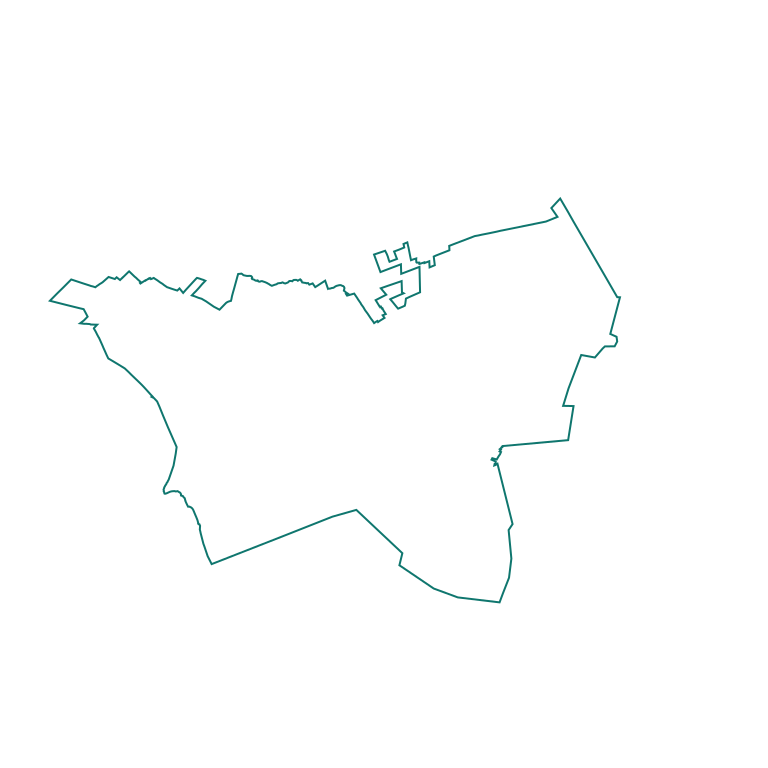 Villa de Arriaga, San Luis Potosí, Mexico (Equal Earth projection), rotated 60°
{"feature_id": "50627088B85978668916883", "entity_name": "Villa de Arriaga", "entity_type": "district", "adm_level": 2, "iso_a3": "MEX", "parent_name": "Mexico", "parent_adm1": "San Luis Potosí", "projection": "equal_earth", "projection_center": [-101.343, 21.982], "detail": "fine", "context": "isolated", "style": "outline", "palette": "teal", "viewbox_px": 768, "rotation_deg": 60, "n_neighbors": 0, "source": "geoboundaries", "source_scale": "gbopen_adm2", "svg_char_len": 6021}
<svg xmlns="http://www.w3.org/2000/svg" viewBox="0 0 768 768"><g transform="rotate(60 384 384)"><path d="M444.9,622.8L453.8,623.3L465.7,544.8L473.1,495.0L479.2,470.9L539.7,452.7L548.7,461.3L586.0,443.2L605.7,426.8L630.9,393.1L624.7,385.6L614.3,372.6L598.9,361.0L572.8,349.1L569.6,342.7L509.8,325.6L509.9,328.1L509.7,329.2L508.5,328.1L509.0,327.0L507.5,326.4L507.0,326.0L503.3,328.7L502.4,327.3L503.9,325.9L506.3,323.4L505.7,324.0L504.8,322.5L503.9,320.9L502.9,318.7L501.4,316.7L500.2,317.6L499.3,315.6L498.3,316.2L497.9,313.5L497.5,313.7L497.0,312.4L524.7,252.6L497.9,230.9L496.7,232.8L492.5,239.8L480.0,226.3L457.5,198.7L466.5,188.1L462.6,176.9L461.9,173.9L466.7,165.4L463.8,160.8L459.4,159.0L453.8,163.0L426.9,136.3L425.4,138.6L403.8,138.6L337.6,138.7L326.8,138.6L311.5,138.7L315.3,151.1L326.0,150.2L324.3,162.5L310.2,204.6L309.6,206.3L308.5,210.0L306.1,217.3L303.6,224.6L302.5,228.1L301.3,231.4L297.6,254.5L297.0,258.5L299.5,259.7L300.9,260.5L299.4,270.2L298.7,275.0L298.6,276.3L298.5,277.2L306.5,280.6L305.8,286.2L304.4,285.5L300.3,283.4L299.5,288.5L298.8,288.2L297.8,293.2L297.6,293.4L296.5,292.8L295.2,295.0L294.8,295.1L292.8,294.2L291.4,293.3L290.7,296.3L290.3,298.7L286.9,297.6L278.2,294.6L276.1,294.0L273.0,293.0L272.5,297.1L275.9,298.2L275.2,303.6L274.3,309.0L277.1,309.4L280.0,309.9L282.2,310.2L281.7,313.2L281.2,316.3L280.9,318.1L279.3,317.9L275.6,317.0L272.9,316.6L269.2,316.4L266.9,327.9L285.3,331.1L286.1,326.0L288.8,309.5L297.2,314.0L300.3,294.7L322.6,306.9L321.4,317.8L321.0,322.3L325.1,325.4L325.9,326.2L326.6,326.8L326.4,329.3L325.8,334.1L324.3,334.4L321.9,334.8L317.4,335.5L313.7,336.2L313.7,335.4L314.7,326.3L315.3,321.6L313.6,322.6L303.7,317.3L300.9,331.5L299.5,338.9L307.8,337.4L307.2,349.3L310.0,349.2L314.3,349.1L314.3,348.9L315.6,348.9L315.5,348.0L317.8,348.0L317.8,347.5L320.2,347.7L324.3,347.5L323.8,350.8L327.0,350.5L327.1,354.0L327.2,356.6L327.4,358.2L326.1,358.2L326.1,359.3L326.3,362.1L324.2,362.2L322.4,362.4L321.1,362.6L319.8,362.7L314.8,363.0L310.7,363.5L307.1,363.5L303.5,363.9L302.4,363.8L297.5,364.2L296.3,364.2L290.8,364.6L289.0,371.8L287.0,371.9L287.3,370.3L285.8,371.1L284.0,371.7L283.1,372.1L281.2,370.3L280.3,370.1L279.7,370.1L278.8,370.4L278.2,371.0L277.0,371.8L276.5,372.4L276.3,372.8L275.9,373.8L275.7,374.6L275.3,376.0L275.2,377.3L275.3,378.3L275.4,379.4L275.3,380.0L275.1,380.5L274.8,381.1L274.5,382.7L274.1,383.7L273.6,384.5L273.6,384.9L265.1,383.3L265.5,390.8L265.6,392.3L265.7,395.1L262.5,395.4L261.2,395.5L261.0,396.8L260.6,399.0L258.6,399.3L258.0,400.9L257.5,401.1L256.2,402.8L255.3,403.7L255.2,404.0L253.1,404.1L253.0,403.8L252.8,403.8L252.3,404.0L251.5,404.2L251.4,404.8L251.5,407.0L250.6,407.4L249.9,408.0L248.8,410.1L248.8,410.9L249.2,412.0L248.2,413.1L247.5,414.5L248.0,416.2L247.9,417.4L247.6,419.2L246.8,420.1L245.9,420.6L245.2,421.2L245.1,422.5L244.1,424.7L243.7,425.9L243.9,427.1L243.4,429.1L242.9,432.0L241.6,432.9L240.2,433.6L239.7,433.8L238.4,434.7L238.2,434.7L237.1,435.5L236.3,436.1L235.4,436.9L234.5,437.7L233.9,438.2L233.5,439.1L233.3,440.4L232.7,441.2L232.0,441.7L231.4,441.5L230.9,441.9L230.8,443.0L230.0,443.7L228.8,444.3L227.9,445.0L227.3,445.7L226.4,445.7L225.7,444.8L224.3,445.0L223.8,445.4L223.1,446.4L222.4,447.8L221.7,448.9L220.7,450.0L219.5,451.3L218.0,451.8L217.1,452.3L216.5,453.9L216.1,454.6L215.8,455.3L217.9,457.5L219.3,458.9L226.8,466.5L229.2,469.0L231.9,471.7L234.2,473.7L235.5,475.0L235.2,475.9L234.9,477.2L234.7,478.6L234.8,480.2L237.4,489.3L233.9,491.5L232.0,492.7L223.4,496.8L220.8,498.3L219.0,499.3L216.7,501.5L213.4,504.1L211.2,506.1L210.2,502.9L209.6,500.5L208.2,496.1L206.6,491.6L205.3,487.1L203.5,488.4L202.1,489.7L201.0,490.6L199.5,492.0L199.0,492.5L198.6,492.9L198.9,494.2L200.1,498.1L203.3,508.3L204.7,512.4L199.0,513.3L199.7,516.3L198.3,517.6L197.0,518.8L195.3,520.3L194.5,521.0L192.3,522.9L191.8,523.4L188.0,525.2L187.7,525.3L186.6,525.7L184.0,527.1L181.0,528.4L177.7,530.1L177.3,530.2L177.0,530.4L176.8,532.6L176.6,532.7L176.6,533.4L175.3,533.6L175.4,534.8L175.0,534.8L175.2,538.9L174.9,538.9L175.2,544.7L174.5,544.8L174.4,543.6L170.3,545.0L168.1,545.6L166.3,546.3L159.0,548.4L159.0,548.6L161.3,557.6L161.2,557.6L162.0,560.6L157.9,562.2L158.5,564.6L153.6,569.0L154.9,575.4L155.2,576.9L155.3,578.7L155.3,580.3L155.5,581.9L155.6,583.8L155.9,585.6L153.9,587.4L152.5,588.9L151.6,589.6L146.2,594.5L137.1,602.6L138.1,606.3L140.0,613.3L142.2,621.9L144.9,631.7L156.6,619.7L166.5,609.4L169.0,606.7L172.9,606.8L177.5,607.0L178.9,612.1L179.5,616.8L182.0,613.5L183.1,611.5L183.4,611.2L184.1,610.1L184.7,609.3L185.1,608.7L185.8,608.3L186.1,607.8L186.8,606.7L188.3,604.3L189.2,602.8L189.4,603.5L190.1,605.6L190.5,607.1L190.8,607.5L192.8,607.5L194.7,607.5L197.7,607.7L201.2,607.8L201.4,607.7L210.1,608.6L213.2,609.0L213.5,609.0L220.1,609.7L224.0,610.0L233.5,604.7L240.9,600.7L245.9,599.2L249.7,598.2L254.5,596.8L261.4,594.8L264.0,594.1L266.9,593.4L276.6,591.3L279.1,590.7L279.1,591.6L280.0,591.0L280.5,590.7L281.0,590.3L285.7,589.2L291.3,589.8L300.6,591.1L313.1,592.7L334.9,595.1L340.3,599.3L349.5,607.1L359.1,618.2L360.3,620.2L360.7,620.6L361.0,621.5L361.3,622.1L361.7,622.4L362.1,623.1L362.3,623.5L362.4,624.0L362.8,624.6L363.2,625.0L363.6,626.0L364.5,626.7L365.0,627.5L365.4,627.8L366.1,627.9L366.6,628.3L366.9,628.5L367.4,628.4L369.1,628.9L369.5,628.6L369.8,627.8L370.0,626.7L370.3,623.4L370.5,622.5L370.8,621.5L371.4,620.2L371.8,619.4L372.2,618.7L372.7,618.4L372.9,618.0L373.1,617.7L373.6,616.3L375.4,615.4L375.7,615.1L376.9,614.8L377.8,614.9L378.2,615.0L378.3,615.2L378.6,615.4L379.2,615.5L379.7,615.0L380.3,614.4L380.8,614.1L381.6,614.2L382.2,614.1L382.7,613.8L383.4,613.7L385.0,614.2L385.5,614.2L385.7,614.4L386.1,614.5L387.9,614.7L390.1,614.9L392.3,615.0L393.0,613.7L393.5,613.5L394.2,612.9L395.4,612.4L396.4,612.2L398.1,612.2L398.5,612.3L399.6,612.4L400.9,612.6L404.1,613.0L405.1,613.1L408.5,613.6L409.3,613.8L411.5,614.4L412.0,614.8L412.8,614.6L413.2,614.0L414.9,614.2L416.2,615.1L417.3,615.8L417.8,616.2L420.5,617.0L421.3,617.3L432.1,620.3L435.0,620.8L444.9,622.8Z" fill="none" stroke="#0f766e" stroke-width="2"/></g></svg>